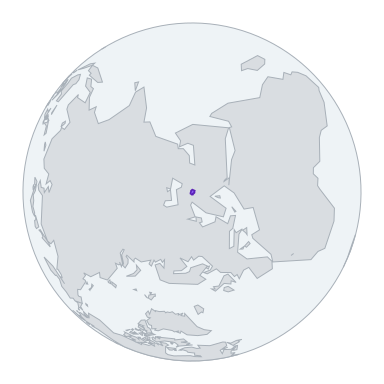 Van on an orthographic globe, rotated 209°
{"feature_id": "TUR-3048", "entity_name": "Van", "entity_type": "Province", "adm_level": 1, "iso_a3": "TUR", "parent_name": "Turkey", "parent_adm1": "", "projection": "orthographic", "projection_center": [43.807, 38.569], "detail": "fine", "context": "on_globe", "style": "filled", "palette": "violet", "viewbox_px": 384, "rotation_deg": 209, "n_neighbors": 0, "source": "natural_earth", "source_scale": "10m", "svg_char_len": 11213}
<svg xmlns="http://www.w3.org/2000/svg" viewBox="0 0 384 384"><g transform="rotate(209 192 192)"><circle cx="192" cy="192" r="169" fill="#eef3f6" stroke="#a8b0b8"/><path d="M176.2,23.8L188.7,24.2L207.6,26.3L215.2,26.5L212.2,27.1L227.8,28.0L239.1,30.7L225.3,28.0L223.0,28.0L230.2,29.8L229.5,30.4L232.5,31.7L231.0,32.4L223.1,31.2L221.9,31.7L227.1,33.0L228.8,34.8L221.4,32.7L223.7,35.8L210.8,35.3L192.3,30.8L184.1,32.6L162.2,34.1L163.1,35.1L155.4,36.9L153.6,38.9L150.0,39.0L151.6,40.6L155.2,40.2L157.1,40.9L156.4,42.1L151.7,42.3L151.4,41.7L149.7,42.5L147.7,42.1L148.3,43.0L142.7,43.4L147.0,45.0L141.7,47.0L138.3,46.7L140.2,44.1L137.1,38.5L134.2,38.1L128.3,39.9L114.0,48.1L110.2,49.2L104.0,52.4L105.3,52.8L110.6,50.5L111.6,52.4L118.0,49.8L119.4,50.4L125.4,49.1L122.8,52.3L117.0,56.2L111.9,57.5L109.2,59.4L112.6,60.8L101.8,66.3L92.4,75.7L89.7,77.0L87.1,74.3L90.6,67.2L87.1,65.3L87.6,69.7L81.0,73.7L79.2,75.9L78.6,77.8L80.4,77.6L77.8,79.9L76.3,75.9L78.7,73.8L79.1,74.9L80.7,71.8L79.7,69.9L76.4,72.5L78.3,68.2L76.0,70.1L75.2,70.5L78.7,67.6L72.4,72.9L73.0,72.0L82.5,63.3L92.7,55.3L103.4,48.1L114.6,41.8L126.3,36.3L138.4,31.8L150.8,28.1L163.4,25.5L176.2,23.8ZM23.2,199.5L24.2,210.0L26.9,224.5L28.2,232.6L28.4,234.1L24.9,217.0L23.2,199.5ZM186.9,23.3L184.3,23.4L182.9,23.3L184.8,23.2L186.9,23.3ZM220.8,26.9L216.9,26.2L220.9,26.7L220.8,26.9ZM233.2,31.8L234.6,31.9L235.6,32.6L233.2,31.8ZM126.4,47.6L125.9,48.3L125.0,48.2L126.4,47.6ZM129.5,46.4L128.9,45.7L130.3,45.0L130.6,45.5L129.5,46.4ZM234.2,34.3L235.4,35.6L232.8,34.1L234.2,34.3ZM129.9,47.5L132.8,44.0L135.2,42.9L138.6,43.9L129.9,47.5ZM235.2,36.2L238.2,39.8L241.5,40.1L234.0,41.4L233.9,37.8L230.2,35.7L233.6,36.6L235.2,36.2ZM156.7,39.5L152.8,40.0L156.7,38.5L156.7,39.5ZM158.7,38.4L168.0,33.5L173.3,33.7L169.1,35.2L176.6,34.8L174.6,37.2L170.1,38.0L167.0,37.3L168.6,38.9L158.7,38.4ZM229.4,41.8L228.9,42.6L227.9,41.5L229.4,41.8ZM158.2,41.0L159.6,39.9L164.3,39.9L162.4,42.2L161.5,41.4L158.2,41.0ZM179.5,33.6L182.6,34.2L181.9,36.3L183.1,36.9L175.0,37.3L179.5,33.6ZM160.0,42.1L161.3,43.4L158.4,44.6L157.2,42.2L160.0,42.1ZM166.3,39.0L168.5,39.2L166.7,39.8L166.3,39.0ZM148.8,50.2L150.4,48.6L153.0,48.4L148.8,50.2ZM161.9,43.9L162.9,43.4L164.1,43.3L164.3,44.4L161.9,43.9ZM175.1,38.9L174.1,39.7L178.3,38.8L178.0,40.5L172.7,40.6L174.8,41.3L174.7,41.9L170.5,41.4L175.1,38.9ZM168.1,45.1L161.3,46.2L157.8,49.1L155.4,49.3L161.4,44.6L168.1,45.1ZM169.9,42.9L168.3,44.3L166.1,43.7L165.9,42.4L169.9,42.9ZM179.6,41.8L181.6,39.1L182.6,39.2L179.6,41.8ZM167.6,46.1L169.2,45.8L167.6,46.3L167.6,46.1ZM176.4,43.2L176.9,42.1L178.2,42.3L176.4,43.2ZM172.1,46.3L169.9,46.5L169.7,45.6L172.1,46.3ZM174.4,44.9L176.0,45.4L170.9,45.1L174.5,44.4L174.4,44.9ZM177.5,43.5L178.4,43.2L177.1,43.9L177.5,43.5ZM174.2,49.9L167.9,49.7L167.4,47.6L173.6,47.9L174.2,49.9ZM53.7,235.4L48.5,207.1L53.0,201.1L55.2,190.5L87.4,170.0L92.7,175.8L116.3,181.0L119.0,183.6L114.6,191.6L131.0,208.1L138.2,202.3L154.7,211.6L166.8,213.0L174.0,196.9L154.3,194.3L152.5,185.5L169.6,180.6L187.0,183.2L186.9,179.9L177.2,171.8L182.6,166.2L174.0,168.5L176.5,172.1L171.2,173.8L168.6,170.7L170.6,168.7L165.8,166.6L157.4,177.1L159.0,182.0L145.4,181.6L146.8,189.8L142.6,192.6L138.7,179.9L140.2,175.8L131.9,160.6L129.1,164.8L136.8,179.5L133.7,177.8L130.1,184.2L130.5,177.9L122.9,161.4L111.5,160.1L94.6,171.8L88.5,170.2L84.5,163.8L93.1,148.0L105.8,153.6L109.0,148.7L108.6,139.0L112.5,141.7L113.9,138.6L118.9,140.4L128.0,135.5L133.4,136.6L139.0,127.8L142.6,127.3L138.2,132.6L138.1,137.1L151.8,140.5L155.0,139.1L157.6,133.2L161.0,135.2L161.7,129.1L170.6,128.5L160.4,124.4L163.1,118.1L169.5,114.2L168.6,111.6L158.1,117.9L155.6,121.2L156.4,125.1L147.9,134.3L142.7,134.7L144.7,122.9L137.6,122.4L142.2,114.0L167.7,101.0L177.3,99.7L188.9,110.3L185.5,114.0L179.6,111.8L183.2,119.5L183.8,116.1L186.7,117.9L190.0,112.9L192.2,114.0L191.6,107.5L194.7,108.3L195.0,112.4L202.5,106.2L209.4,106.7L210.0,104.9L208.8,102.7L218.3,105.1L218.4,103.7L215.3,102.3L213.4,98.6L213.7,93.2L217.0,94.3L217.3,96.4L223.0,102.8L223.3,108.6L224.7,108.5L225.2,103.8L218.3,96.0L217.6,92.5L221.4,95.7L219.9,94.2L220.6,92.8L224.4,92.6L220.4,89.0L223.3,74.0L230.9,72.6L233.9,76.8L239.5,68.8L247.5,68.8L244.7,67.4L245.3,63.2L242.8,63.1L241.5,62.2L242.1,52.5L244.8,51.4L241.8,46.6L240.3,45.9L238.1,46.4L234.0,41.4L241.5,40.1L244.5,41.5L247.1,40.2L253.6,43.7L260.1,46.3L265.6,51.5L270.4,53.5L270.9,52.8L277.6,55.2L289.9,63.4L277.8,59.8L259.0,50.0L266.5,54.0L264.1,54.2L266.4,56.4L271.8,59.4L272.8,59.0L278.0,70.8L289.5,82.7L290.3,78.3L294.6,79.1L308.4,90.9L321.1,116.4L326.9,119.3L329.8,123.2L330.3,128.5L326.1,122.9L323.3,123.6L320.9,119.9L320.3,127.1L316.8,122.2L318.0,130.7L321.6,133.2L323.5,128.3L326.0,138.3L332.7,141.1L337.5,149.0L340.2,170.7L336.8,182.2L337.4,185.2L333.9,184.9L332.5,193.8L341.6,203.8L342.4,208.2L338.6,222.2L337.9,219.1L328.7,218.2L329.3,229.8L336.4,233.0L338.9,241.0L334.5,242.0L331.6,235.2L328.3,234.6L327.6,225.1L321.7,213.7L317.1,220.1L315.9,214.3L307.1,206.4L299.6,215.1L288.7,237.2L289.8,252.0L284.9,260.5L272.5,243.5L267.9,229.8L262.8,232.9L250.6,223.1L227.8,226.9L225.0,223.2L220.6,225.7L212.0,222.5L208.1,216.2L202.6,217.0L213.4,233.5L219.3,232.6L224.9,225.4L226.8,231.3L235.1,235.5L224.1,251.5L191.1,265.9L188.7,254.7L168.2,221.6L169.3,218.0L169.3,217.5L169.1,216.7L166.3,222.6L163.1,215.8L173.1,239.5L174.4,249.1L190.6,266.5L188.9,268.2L194.3,271.6L213.0,266.7L212.9,270.3L203.6,287.1L178.5,307.4L182.4,320.0L181.5,329.6L167.1,334.6L169.6,341.1L162.4,342.4L162.7,345.6L157.6,347.9L148.6,348.9L131.9,344.9L129.9,342.2L120.0,334.5L105.8,315.3L108.9,308.6L107.0,301.4L95.1,280.8L97.6,272.1L94.7,266.7L88.5,265.1L85.2,258.4L81.6,256.5L59.6,246.9L53.7,235.4ZM74.6,184.5L73.3,187.5L74.6,184.5ZM204.6,194.5L215.6,194.7L212.2,184.2L216.2,183.5L213.6,180.4L211.9,183.5L205.8,174.7L211.1,171.4L210.5,166.7L206.8,166.5L198.0,174.1L206.8,186.5L203.6,191.0L204.6,194.5ZM81.1,74.0L81.2,74.3L80.0,76.5L79.5,76.0L81.1,74.0ZM81.1,83.8L76.9,87.3L79.5,84.3L78.0,84.0L81.7,77.8L88.6,77.4L84.8,78.6L81.1,83.8ZM88.6,69.9L85.5,73.6L88.6,69.6L88.6,69.9ZM116.5,121.2L117.5,124.1L114.6,127.0L107.7,126.6L111.9,122.2L116.5,121.2ZM119.6,127.6L123.5,116.6L127.9,116.7L124.8,118.4L127.3,119.6L122.9,122.8L123.4,134.2L120.8,137.6L109.6,134.3L114.7,133.3L113.4,130.4L119.6,127.6ZM125.5,91.7L127.3,87.9L134.6,93.0L132.1,96.0L125.1,95.5L123.9,91.7L125.5,91.7ZM135.3,50.4L135.5,49.3L136.8,49.2L137.7,50.0L135.3,50.4ZM149.3,49.5L135.9,55.2L135.4,54.2L128.1,59.4L124.0,58.7L128.9,55.3L120.2,58.9L123.0,55.6L117.3,58.5L128.6,51.0L130.7,48.5L129.9,51.4L133.6,52.0L135.8,51.5L143.8,48.4L150.2,43.7L154.9,43.9L156.5,45.3L155.7,46.4L152.9,45.8L153.8,47.8L149.1,47.9L149.3,49.5ZM172.7,66.7L169.8,64.6L170.8,70.3L166.1,69.8L166.5,70.5L162.5,71.6L158.3,74.3L156.4,73.6L155.6,75.0L152.9,75.9L151.2,77.7L147.2,77.1L144.7,79.3L144.3,77.8L141.1,81.8L141.7,78.6L138.2,79.8L139.5,82.2L122.3,76.7L114.6,77.5L107.9,80.1L109.8,74.8L117.3,69.2L127.1,64.7L134.2,65.0L133.8,62.8L137.1,62.3L136.0,64.2L139.6,61.1L142.0,61.3L150.7,58.4L154.3,54.2L157.6,53.2L157.4,55.0L160.8,52.8L162.7,55.7L165.1,55.1L169.3,57.6L167.5,61.7L170.3,60.9L173.6,63.0L172.7,66.7ZM175.3,50.6L174.2,55.3L171.1,57.3L165.1,52.2L162.7,52.3L158.7,49.5L163.2,46.7L163.9,47.7L165.7,48.0L163.6,48.8L166.6,48.5L167.7,49.9L170.3,50.2L169.3,51.5L175.3,50.6ZM123.1,181.3L125.3,182.4L129.1,183.1L126.9,187.4L123.1,181.3ZM117.6,170.1L119.8,170.2L118.5,176.1L116.2,175.1L117.6,170.1ZM122.2,165.4L120.1,169.8L119.8,166.8L122.2,165.4ZM140.4,132.5L142.9,132.5L142.7,133.9L140.8,135.7L140.4,132.5ZM174.7,84.9L173.5,83.0L174.5,82.5L175.3,77.8L178.8,78.1L179.7,81.0L174.7,84.9ZM170.0,199.4L165.9,202.2L164.3,200.5L166.0,199.8L170.0,199.4ZM144.8,195.2L150.1,198.4L144.2,196.4L144.8,195.2ZM178.6,84.4L178.6,82.4L180.4,83.8L178.6,84.4ZM181.4,78.1L183.8,79.3L179.3,77.6L181.4,78.1ZM210.9,327.6L200.8,343.1L192.6,343.3L190.5,339.2L193.8,330.0L203.1,327.0L207.5,322.1L210.9,327.6ZM353.1,240.5L354.1,238.3L353.9,239.0L353.1,240.5ZM352.1,241.4L353.6,238.4L351.5,243.3L352.1,241.4ZM354.1,237.2L355.6,232.7L356.3,230.3L355.9,231.8L354.1,237.2ZM350.9,243.6L343.1,254.8L339.5,257.6L340.7,254.4L346.5,247.9L350.9,243.6ZM340.4,254.6L334.5,254.8L323.6,244.7L327.6,242.1L338.4,244.4L337.8,246.9L341.4,247.9L340.4,254.6ZM353.3,226.7L352.6,233.1L348.7,239.0L346.6,240.8L345.3,235.3L346.1,230.4L347.9,228.3L352.7,206.1L354.8,206.0L353.7,214.4L355.3,216.8L353.3,226.7ZM290.7,253.1L295.0,259.8L292.1,262.4L290.7,253.1ZM353.1,193.1L352.2,202.6L352.5,191.5L353.1,193.1ZM352.4,183.7L353.2,186.4L351.8,185.1L352.4,183.7ZM338.8,189.4L337.0,192.5L336.3,190.5L338.1,185.3L338.8,189.4ZM341.2,155.9L344.0,162.1L344.6,164.7L342.5,162.1L341.2,155.9ZM208.6,86.5L203.6,92.4L202.3,97.3L205.2,101.1L198.9,98.6L200.9,90.9L208.6,86.5ZM221.2,75.3L218.6,72.4L221.1,72.3L222.0,72.9L221.2,75.3ZM218.6,74.5L212.9,73.7L212.3,71.3L217.0,72.3L218.6,74.5ZM195.7,78.5L193.9,80.1L192.5,78.9L195.7,78.5ZM338.0,277.1L338.6,275.9L340.3,273.0L338.0,277.1ZM357.8,224.4L355.6,234.1L357.6,225.6L358.0,223.6L357.8,224.4ZM360.8,198.5L360.7,200.2L360.9,195.1L360.8,198.5ZM359.5,211.7L359.4,213.4L359.1,213.6L359.5,211.7ZM360.3,206.5L359.8,210.6L359.9,208.9L360.3,206.4L360.3,206.5ZM356.2,216.3L356.7,218.7L358.1,212.6L357.0,218.8L357.5,222.2L357.0,225.3L356.6,221.4L355.6,229.0L354.9,230.5L355.0,225.8L356.0,217.1L356.6,212.5L359.0,204.4L356.2,216.3ZM360.1,204.5L359.9,201.4L360.0,197.8L360.3,198.8L360.1,204.5ZM358.4,194.5L356.7,192.5L356.0,197.0L356.7,184.8L358.3,188.7L358.4,194.5ZM355.8,186.1L355.2,190.3L355.3,183.7L355.8,186.1ZM354.6,189.3L353.8,186.1L354.6,184.6L354.6,189.3ZM356.3,185.0L355.1,178.7L356.2,181.1L356.3,185.0ZM351.4,179.2L354.6,180.7L351.7,183.7L348.1,172.7L349.0,170.2L351.4,179.2ZM334.2,121.8L332.0,119.4L331.8,116.6L333.4,119.1L334.2,121.8ZM329.3,106.3L331.0,115.1L332.1,122.7L333.4,122.5L336.6,128.8L332.8,126.2L329.6,117.2L329.4,112.4L326.2,107.7L324.1,102.2L319.6,97.6L317.7,94.3L321.7,97.1L329.3,106.3ZM317.7,95.9L309.1,87.2L310.3,84.6L312.5,85.9L315.9,90.9L315.1,91.9L317.7,95.9ZM307.4,84.5L306.5,85.5L292.0,77.5L289.3,75.2L300.9,79.3L300.7,80.7L304.0,83.3L307.4,84.5ZM230.8,42.9L229.1,42.6L230.4,42.3L230.8,42.9ZM240.1,62.2L238.5,60.9L240.1,60.3L240.1,62.2ZM234.9,57.0L234.2,58.5L233.6,56.5L234.9,57.0ZM232.9,62.2L233.3,58.9L234.9,62.8L232.9,62.2Z" fill="#d9dde1" stroke="#a8b0b8" stroke-width="1"/><path d="M192.5,189.7L192.6,189.8L192.6,190.0L192.8,190.2L192.9,190.3L192.8,190.5L192.8,190.8L192.9,191.0L193.0,191.1L193.1,191.3L193.0,191.5L193.1,191.8L193.1,192.0L193.1,192.3L193.1,192.5L193.3,192.6L193.5,192.6L193.5,192.8L193.4,192.9L193.3,193.1L193.3,193.3L193.2,193.3L193.1,193.5L193.0,193.8L192.9,193.9L192.9,194.0L192.7,193.9L192.6,194.0L192.4,194.3L192.1,194.4L191.9,194.4L191.7,194.4L191.3,194.5L191.0,194.5L190.9,194.5L190.7,194.5L190.6,194.4L190.4,194.4L190.2,194.5L190.1,194.2L190.1,193.9L190.2,193.7L190.2,193.4L190.2,193.2L189.8,193.1L189.6,193.1L189.5,192.9L189.5,192.7L189.4,192.5L189.4,192.3L189.5,192.3L189.7,192.2L189.9,192.1L189.9,191.9L190.2,191.6L190.3,191.4L190.5,191.1L190.4,191.0L190.2,190.8L190.1,190.6L190.1,190.4L190.4,190.3L190.4,190.2L190.3,189.9L190.2,189.9L190.3,189.8L190.5,189.7L190.9,189.5L191.0,189.6L191.3,189.8L191.5,189.8L191.7,189.7L191.8,189.7L192.0,189.8L192.5,189.7L192.5,189.7Z" fill="#8b5cf6" stroke="#5b21b6" stroke-width="1.5"/></g></svg>